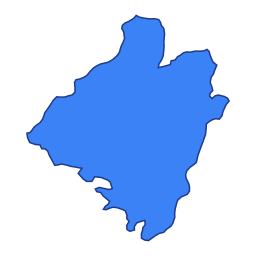 the district of São José da Bela Vista, São Paulo, Brazil
{"feature_id": "56859067B616331535094", "entity_name": "São José da Bela Vista", "entity_type": "district", "adm_level": 2, "iso_a3": "BRA", "parent_name": "Brazil", "parent_adm1": "São Paulo", "projection": "orthographic", "projection_center": [-47.627, -20.59], "detail": "fine", "context": "isolated", "style": "filled", "palette": "blue", "viewbox_px": 256, "rotation_deg": 0, "n_neighbors": 0, "source": "geoboundaries", "source_scale": "gbopen_adm2", "svg_char_len": 2350}
<svg xmlns="http://www.w3.org/2000/svg" viewBox="0 0 256 256"><path d="M163.6,232.4L167.0,228.9L170.8,226.3L172.7,223.5L174.8,217.5L174.7,213.5L175.1,209.3L176.3,204.5L177.5,200.4L181.1,197.0L184.3,195.6L187.3,194.3L189.5,191.1L189.5,187.0L188.8,183.8L186.1,178.2L185.6,174.6L186.8,170.8L190.0,167.3L193.1,165.1L196.3,162.5L198.0,155.3L200.1,149.3L202.6,142.7L205.5,134.6L206.1,129.0L206.3,124.0L208.7,121.9L212.2,119.8L215.3,118.7L219.4,119.1L222.0,115.7L223.0,111.5L226.2,104.5L229.1,101.0L227.6,98.3L224.5,96.5L218.3,95.0L215.2,95.8L212.1,98.5L209.4,95.9L210.4,93.1L212.8,90.4L211.7,86.4L210.2,82.5L211.2,77.1L213.3,74.3L214.9,69.8L216.8,65.1L213.1,62.1L211.5,58.8L210.1,55.0L209.0,51.3L207.0,49.4L204.1,50.8L200.1,51.2L195.2,51.1L190.2,52.2L186.4,51.9L183.1,53.0L180.1,55.4L177.6,56.7L174.9,60.2L171.2,60.7L170.3,64.6L167.3,65.4L164.5,66.2L161.2,67.0L158.3,67.6L159.0,64.0L161.4,60.3L163.2,55.9L163.7,51.0L164.1,46.4L163.9,41.5L164.2,37.7L164.6,34.0L163.8,28.5L161.2,25.2L160.5,22.3L158.7,19.6L154.5,18.7L150.3,18.9L147.5,18.6L143.3,18.0L139.3,17.1L136.2,15.4L134.1,18.0L131.4,19.8L128.6,21.5L125.2,22.9L122.3,25.4L121.8,28.7L123.6,31.6L124.6,38.5L123.2,41.9L121.0,46.7L119.4,52.2L117.4,55.4L113.1,59.2L110.2,61.1L107.5,62.4L100.6,64.0L96.6,65.9L93.5,68.0L90.4,71.1L86.8,75.5L83.6,77.5L78.9,79.2L76.0,79.7L74.5,82.5L75.0,87.6L75.0,92.0L72.3,94.9L67.8,96.0L64.6,97.1L60.1,97.1L56.6,96.8L53.2,100.4L50.5,104.7L46.7,110.2L44.8,112.7L43.9,115.7L42.6,119.1L40.0,122.7L36.8,124.9L33.9,127.4L32.1,130.0L30.1,132.5L26.9,133.2L27.6,137.8L29.7,142.5L35.4,144.5L40.0,144.9L41.8,148.8L45.0,148.8L47.7,151.1L49.4,155.6L52.1,160.4L54.7,165.3L58.3,164.9L61.4,164.0L66.7,165.1L70.6,166.3L74.4,166.9L82.0,168.3L78.2,173.4L83.2,179.0L86.5,181.4L91.9,181.4L94.7,176.8L101.4,177.5L104.1,178.7L107.5,180.0L110.1,181.9L111.2,185.4L112.3,188.5L109.6,189.5L105.5,188.8L99.2,187.4L95.3,189.0L96.8,191.7L100.8,192.5L103.0,195.8L106.2,198.5L109.6,201.4L108.1,204.3L105.3,206.3L103.4,209.3L106.2,209.7L110.7,207.8L113.5,207.2L117.2,207.7L122.1,209.3L125.3,210.9L127.0,215.4L126.7,218.6L129.1,221.3L126.7,225.5L127.0,229.5L129.8,231.3L134.5,230.0L134.3,226.7L136.7,222.9L140.7,221.5L144.8,220.4L145.2,224.6L142.9,227.6L142.4,230.8L141.4,233.9L141.5,238.2L144.5,240.0L148.5,240.6L155.1,235.8L159.3,233.4L163.6,232.4Z" fill="#3b82f6" stroke="#1e3a8a" stroke-width="1.5"/></svg>